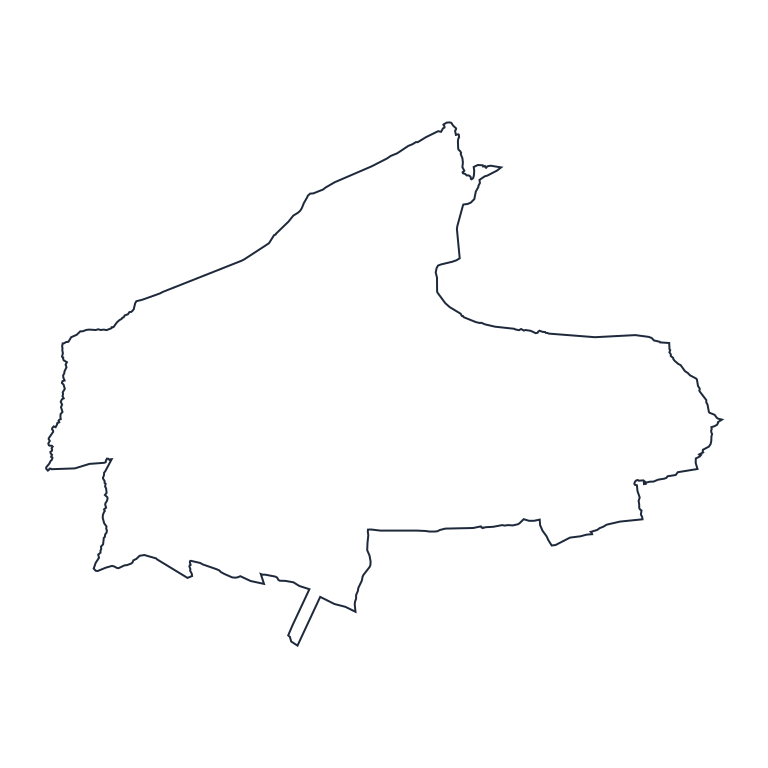 the district of Ladesti, Vâlcea, Romania
{"feature_id": "2599482B93203589904447", "entity_name": "Ladesti", "entity_type": "district", "adm_level": 2, "iso_a3": "ROU", "parent_name": "Romania", "parent_adm1": "Vâlcea", "projection": "natural_earth1", "projection_center": [24.033, 44.869], "detail": "fine", "context": "isolated", "style": "outline", "palette": "slate", "viewbox_px": 768, "rotation_deg": 0, "n_neighbors": 0, "source": "geoboundaries", "source_scale": "gbopen_adm2", "svg_char_len": 6036}
<svg xmlns="http://www.w3.org/2000/svg" viewBox="0 0 768 768"><path d="M551.7,545.5L555.6,545.0L570.0,537.6L580.4,536.3L586.8,534.6L592.1,534.2L591.6,532.6L590.8,531.9L597.3,529.9L599.5,528.2L603.3,526.7L606.6,524.7L619.9,521.6L642.5,519.3L642.1,516.8L640.9,514.6L641.5,510.5L639.9,509.3L639.2,507.8L639.2,504.2L638.6,501.0L639.7,497.5L637.5,491.1L636.9,485.3L634.9,484.8L634.3,483.7L635.0,481.7L636.2,480.5L637.7,480.0L638.8,480.7L643.4,480.4L645.4,482.0L643.9,482.3L644.0,484.1L645.8,483.9L646.0,482.6L649.8,481.7L653.5,481.6L658.0,479.7L664.5,478.6L666.5,477.8L667.5,476.3L675.7,475.0L677.8,472.2L697.5,469.0L695.7,463.0L695.8,458.5L699.9,456.4L700.7,455.4L700.0,455.4L699.1,454.5L703.1,452.4L702.7,451.9L702.9,449.8L708.9,446.6L710.6,444.1L711.3,440.8L711.4,436.7L712.1,433.9L711.4,432.6L711.1,430.6L711.7,429.2L711.4,427.1L714.2,426.3L716.9,424.9L717.9,423.3L717.9,422.2L721.9,419.6L718.2,418.7L716.9,417.9L714.6,414.8L709.4,412.7L708.9,412.0L707.5,404.5L706.3,402.5L706.3,400.1L699.6,391.3L699.3,390.5L699.7,389.5L699.6,388.4L698.0,386.0L696.9,379.4L695.9,378.4L690.0,375.3L687.9,373.1L684.9,371.1L680.7,365.2L678.2,363.9L674.4,360.6L673.3,359.0L673.1,357.8L670.8,356.1L670.8,354.3L669.4,352.3L670.2,350.1L669.5,349.3L669.2,343.0L660.1,342.4L659.8,341.8L653.9,340.4L651.7,338.0L648.8,336.9L635.3,335.1L594.9,337.2L548.8,333.6L547.1,332.9L545.8,332.9L545.0,332.0L542.8,331.9L539.5,330.7L538.3,331.6L537.7,332.7L535.8,333.2L530.7,330.8L525.3,330.0L523.9,330.6L521.1,329.0L519.0,330.2L515.2,329.4L514.4,328.8L495.1,326.7L484.8,324.3L481.5,322.8L479.7,323.0L475.9,322.1L463.7,317.2L463.2,316.2L461.8,315.9L460.6,313.7L449.7,307.1L445.3,303.2L437.4,292.5L437.1,291.3L437.0,277.6L435.7,272.5L436.6,268.1L438.0,265.6L440.8,264.5L452.4,261.7L456.4,260.3L459.7,258.3L456.9,228.9L457.4,225.8L463.0,205.3L463.4,204.5L467.5,204.0L470.8,202.6L474.3,199.1L475.8,191.6L478.4,186.9L478.4,185.8L479.9,183.1L479.5,179.9L484.6,176.4L487.3,175.6L497.0,170.6L501.1,167.4L490.6,165.7L487.4,166.3L486.1,167.8L485.5,167.4L484.9,166.0L483.1,166.5L482.7,165.3L477.8,165.0L473.7,167.0L474.2,170.5L474.0,174.8L473.2,178.1L471.6,179.3L470.9,178.9L470.6,176.9L469.7,176.0L468.7,175.4L466.6,175.4L465.4,174.1L462.9,173.2L462.6,172.2L464.3,170.8L462.4,167.1L462.9,162.6L462.4,158.2L460.7,154.0L461.1,152.8L460.2,151.2L458.5,149.6L458.2,148.7L457.9,141.1L458.3,138.7L459.1,137.2L458.8,134.7L458.2,134.3L455.9,134.9L455.1,130.9L456.0,129.3L456.1,128.4L453.1,125.6L451.3,122.8L449.3,122.4L446.8,122.6L443.9,124.2L443.4,124.7L444.4,126.2L444.5,127.5L442.9,128.5L441.1,131.8L438.1,131.2L425.9,137.2L417.7,142.2L415.9,142.1L412.5,144.2L408.3,145.9L397.2,153.3L390.6,156.0L387.3,158.3L371.5,166.4L334.8,182.2L325.6,187.5L323.1,189.5L313.3,193.4L310.2,193.6L307.8,195.7L307.3,197.1L303.9,203.0L301.8,208.2L300.3,210.6L298.2,212.6L293.3,215.6L288.5,221.6L276.0,233.7L275.7,234.5L274.1,235.1L269.0,243.2L244.5,259.2L241.9,260.6L162.8,291.9L160.0,293.4L142.1,299.8L136.4,301.2L135.2,303.2L133.7,309.3L132.3,311.0L131.2,311.9L129.4,312.1L127.9,314.3L124.7,315.4L123.7,317.3L122.4,317.7L121.6,318.9L119.3,320.2L116.9,322.4L113.5,327.1L111.7,327.2L111.5,328.2L106.6,330.1L103.8,329.6L100.7,330.0L98.4,329.3L95.6,330.0L89.3,329.6L86.5,329.9L82.2,331.4L80.3,331.3L76.7,334.8L71.2,337.2L68.4,341.8L66.0,342.1L63.8,343.4L62.7,343.4L62.1,346.4L62.5,348.1L62.3,350.4L62.9,353.2L62.0,356.7L63.2,357.5L63.0,358.4L63.7,360.3L66.9,362.2L65.6,364.6L66.5,367.3L64.5,371.3L64.3,373.2L63.1,375.5L63.4,377.8L64.6,380.5L62.5,381.1L61.9,382.9L63.6,384.7L64.8,388.9L62.7,392.3L63.1,394.0L62.5,396.1L63.7,398.4L62.0,399.2L60.7,401.8L62.1,404.6L61.0,407.2L62.5,411.9L60.6,414.1L60.4,416.4L60.7,419.2L59.3,419.7L58.5,420.9L59.2,422.3L57.2,423.2L57.0,424.6L55.6,427.2L53.7,426.4L52.3,428.0L52.0,429.2L53.1,430.7L53.2,431.8L48.7,438.3L48.7,439.2L49.8,440.9L48.3,443.5L48.8,445.1L49.4,445.6L51.9,445.8L52.7,446.6L51.6,448.2L52.1,449.9L51.7,451.1L50.4,451.9L50.6,453.3L52.0,454.8L51.1,456.8L52.3,457.4L52.5,457.9L51.7,460.0L50.5,461.1L49.4,463.5L46.4,467.1L46.1,468.0L46.3,468.9L47.9,470.6L49.2,469.5L49.5,468.7L50.9,468.7L51.4,469.2L74.8,468.4L89.4,463.9L104.2,462.8L105.7,462.2L106.0,460.1L106.6,459.7L107.0,458.6L108.4,458.8L109.6,460.0L110.4,459.3L111.7,459.2L105.3,471.2L104.1,472.7L104.0,475.1L103.0,477.7L103.0,478.5L104.6,481.0L104.6,482.9L105.6,483.7L105.1,486.6L106.1,488.4L106.6,492.9L104.9,495.0L107.3,497.2L107.6,498.4L106.9,501.0L105.4,503.3L105.2,504.7L106.1,507.7L104.0,509.4L104.8,511.0L103.9,512.3L102.9,514.9L102.7,517.8L104.2,523.3L106.5,526.5L106.2,528.6L106.9,530.4L106.5,532.8L105.2,534.3L104.9,536.8L103.8,537.9L103.1,544.3L101.0,546.6L101.2,549.1L100.5,550.5L100.5,552.7L98.2,554.6L99.0,557.8L95.7,562.8L93.7,568.6L95.8,570.8L97.7,571.0L105.7,567.7L112.0,565.9L114.3,566.5L116.8,567.9L118.5,568.2L124.4,565.4L127.0,565.1L131.1,563.6L132.4,562.6L133.4,560.3L136.4,558.9L139.6,555.8L144.3,555.0L156.1,558.4L157.1,559.4L187.5,577.9L192.1,576.0L191.8,573.8L190.1,570.6L190.4,569.1L189.4,566.5L189.7,565.3L190.6,564.9L189.8,562.0L190.2,561.0L190.8,560.8L200.3,563.0L202.7,564.4L216.8,569.3L219.4,570.5L220.8,572.0L224.0,573.8L232.2,577.4L235.4,577.7L238.0,577.2L240.3,576.2L250.6,581.0L264.0,583.9L260.8,574.0L262.6,574.7L265.4,574.7L275.3,576.6L277.1,577.6L278.4,579.9L279.7,580.7L285.4,580.9L293.4,582.3L299.4,586.0L309.4,589.2L292.5,625.3L288.2,635.4L289.9,636.9L291.2,641.5L297.5,645.6L320.2,596.9L334.4,604.0L345.3,606.8L355.5,611.8L354.7,604.5L355.1,601.4L356.1,598.8L356.1,595.0L357.9,590.9L358.3,588.0L361.8,580.7L362.6,576.7L363.3,575.1L369.6,567.0L370.4,565.0L370.6,561.5L369.5,555.5L367.2,550.2L367.5,542.9L368.3,535.2L367.8,531.6L368.0,529.6L371.1,529.5L380.4,530.6L417.0,530.6L425.7,531.0L429.0,531.5L435.2,531.5L437.6,531.2L439.8,530.0L445.3,528.6L473.2,528.0L480.8,526.4L481.5,527.5L482.8,527.5L482.9,528.0L485.7,527.2L493.2,526.8L502.2,525.1L504.9,525.6L507.5,525.1L512.9,525.4L518.1,524.2L519.8,523.0L523.7,519.2L529.0,520.8L534.0,520.8L539.7,519.6L540.1,525.1L542.5,530.7L546.6,536.3L548.2,539.9L551.7,545.5Z" fill="none" stroke="#1e293b" stroke-width="2"/></svg>